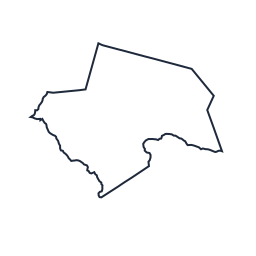 the district of Matões do Norte, Maranhão, Brazil, rotated 105°
{"feature_id": "56859067B74601498618575", "entity_name": "Matões do Norte", "entity_type": "district", "adm_level": 2, "iso_a3": "BRA", "parent_name": "Brazil", "parent_adm1": "Maranhão", "projection": "robinson", "projection_center": [-44.413, -3.75], "detail": "fine", "context": "isolated", "style": "outline", "palette": "slate", "viewbox_px": 256, "rotation_deg": 105, "n_neighbors": 0, "source": "geoboundaries", "source_scale": "gbopen_adm2", "svg_char_len": 2002}
<svg xmlns="http://www.w3.org/2000/svg" viewBox="0 0 256 256"><g transform="rotate(105 128 128)"><path d="M54.6,174.0L53.9,178.5L101.7,179.0L104.2,185.1L113.3,209.4L114.1,215.2L116.5,215.3L118.1,216.1L120.0,217.5L121.9,217.9L123.3,217.7L125.1,217.9L127.2,218.7L129.1,219.6L131.1,219.8L133.0,219.5L134.5,220.5L134.8,222.2L136.8,221.8L138.7,221.8L140.0,222.3L141.2,223.7L142.6,224.8L142.4,222.9L142.9,220.5L142.9,218.0L141.9,215.2L143.2,214.7L141.4,213.1L143.5,211.2L144.7,209.7L145.2,208.3L146.3,207.5L148.3,206.7L150.8,204.7L152.2,203.6L153.1,202.1L154.1,198.9L154.4,196.5L155.1,195.2L156.7,194.5L158.5,192.2L161.0,190.7L162.7,189.0L165.3,188.3L167.0,187.0L166.9,185.0L168.3,183.8L169.1,181.7L170.1,180.0L171.2,178.6L172.5,177.5L173.3,176.0L174.5,174.3L173.7,172.5L173.2,171.1L172.4,169.4L172.2,167.4L172.4,165.8L173.0,164.1L173.6,162.5L174.6,161.0L174.7,158.1L176.2,156.6L178.0,156.6L179.5,156.4L179.8,154.8L181.2,153.5L181.4,151.7L179.4,149.1L181.0,147.8L181.8,145.9L183.4,145.1L185.1,143.5L186.8,141.8L187.6,139.7L189.2,139.1L190.0,137.8L191.5,137.6L192.9,137.1L194.4,136.9L196.0,137.0L197.0,138.7L198.7,139.6L200.7,138.9L202.1,137.6L201.9,135.8L196.5,130.9L194.6,129.2L186.7,122.0L184.1,119.8L181.7,117.7L174.6,111.2L159.4,97.9L155.3,99.5L153.5,98.7L150.8,98.6L148.2,99.2L146.6,100.8L146.8,103.6L145.5,106.0L143.8,106.3L142.6,107.8L141.4,108.4L139.4,109.2L137.2,108.5L135.2,107.4L133.3,105.3L132.8,103.2L132.3,101.6L132.0,99.6L131.7,97.9L131.8,95.8L130.2,94.7L129.6,93.2L128.3,93.1L126.8,93.2L125.3,91.4L124.1,90.4L123.6,88.9L123.1,86.5L122.8,84.0L123.5,81.9L123.1,80.1L124.1,77.0L124.6,75.6L124.4,73.8L124.9,72.4L125.6,71.0L126.0,69.3L127.9,67.5L129.1,66.0L128.4,63.9L127.9,62.2L127.9,59.3L128.1,57.3L128.3,54.6L129.6,52.0L128.4,50.4L128.4,47.7L127.9,45.4L127.9,43.3L128.4,39.7L128.6,37.6L128.0,36.3L126.6,34.7L126.0,33.0L126.1,31.2L104.0,46.4L93.0,54.1L90.1,56.1L74.7,53.5L54.4,81.8L54.4,86.8L54.4,121.1L54.5,130.8L54.6,168.6L54.6,174.0Z" fill="none" stroke="#1e293b" stroke-width="2"/></g></svg>